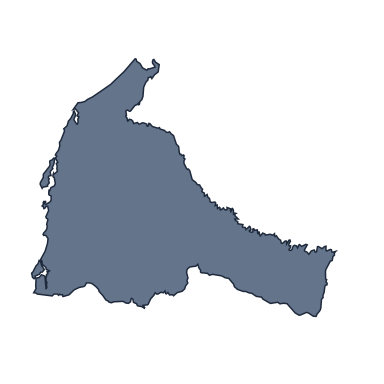 SVG path tracing the border of Santa Catarina, rotated 189°
{"feature_id": "BRA-614", "entity_name": "Santa Catarina", "entity_type": "State", "adm_level": 1, "iso_a3": "BRA", "parent_name": "Brazil", "parent_adm1": "", "projection": "equal_earth", "projection_center": [-50.571, -27.663], "detail": "fine", "context": "isolated", "style": "filled", "palette": "slate", "viewbox_px": 384, "rotation_deg": 189, "n_neighbors": 0, "source": "natural_earth", "source_scale": "10m", "svg_char_len": 5967}
<svg xmlns="http://www.w3.org/2000/svg" viewBox="0 0 384 384"><g transform="rotate(189 192 192)"><path d="M46.5,110.2L46.0,108.2L47.3,106.4L46.6,97.1L47.1,94.9L49.4,90.9L50.0,88.5L52.8,88.3L58.2,90.8L60.3,90.9L65.7,87.4L67.1,87.1L71.2,88.7L80.7,96.6L84.5,96.4L87.6,95.3L90.1,96.5L97.1,94.2L105.2,97.3L106.8,99.0L112.2,99.0L117.1,101.3L120.0,101.3L123.4,102.2L125.7,101.8L131.9,102.9L135.4,105.2L136.4,107.4L142.2,112.4L145.8,112.5L149.5,113.8L158.8,113.9L161.8,112.5L164.1,114.1L170.3,113.7L171.0,114.2L171.4,116.3L173.1,117.8L175.0,121.5L176.5,119.4L182.2,117.7L184.0,116.0L184.8,114.3L184.7,111.5L182.5,106.3L183.2,103.9L181.9,101.5L183.6,98.2L184.1,95.1L186.2,92.4L190.9,90.3L194.0,86.6L195.1,87.5L198.1,86.8L200.1,89.0L201.2,87.4L202.1,87.5L203.2,90.0L204.4,88.0L207.0,88.1L209.8,85.8L211.1,85.7L212.6,86.7L213.6,83.9L216.1,80.0L217.7,74.4L218.3,73.6L222.6,72.4L220.6,70.4L220.9,69.7L223.5,70.9L228.1,71.1L229.3,73.0L232.5,73.8L233.5,76.7L234.9,77.5L235.5,76.9L235.5,74.0L237.3,72.1L240.0,72.0L243.0,73.2L252.2,71.3L254.1,70.0L256.7,70.2L257.7,71.1L260.2,71.9L263.9,75.8L268.2,79.2L269.0,81.1L272.2,83.6L276.2,85.8L278.6,86.2L282.0,85.7L283.0,82.8L283.9,81.8L288.4,80.1L292.9,77.1L297.4,71.2L302.9,68.6L303.4,68.8L303.8,70.3L305.5,69.9L306.7,70.4L307.5,69.1L309.1,70.1L312.3,69.6L313.8,67.5L328.8,67.0L330.2,67.8L332.6,67.7L330.9,72.2L331.6,74.4L332.5,82.0L331.9,82.8L329.6,83.6L327.7,86.7L324.1,85.9L321.1,73.8L320.6,74.2L320.5,75.7L321.3,77.5L321.1,79.9L322.2,81.3L322.8,84.3L322.4,86.1L322.8,87.7L321.6,88.7L322.7,90.8L321.3,90.8L320.4,91.8L323.8,92.9L324.7,94.8L328.6,97.1L329.4,100.3L331.0,101.6L327.8,110.5L326.7,118.4L326.9,123.5L329.8,126.4L331.7,125.9L332.5,126.9L332.1,128.2L330.1,131.4L329.6,133.4L329.7,135.8L330.5,137.3L330.0,142.1L330.5,143.0L331.6,143.2L332.5,144.6L330.7,151.2L332.2,155.2L333.8,155.1L334.7,153.1L335.7,152.4L336.8,154.5L337.9,154.8L336.8,156.4L337.3,158.1L337.0,159.4L335.2,159.8L334.9,158.9L335.7,158.7L335.9,158.1L335.6,157.4L334.3,156.9L330.7,160.0L329.9,161.7L330.5,166.0L332.5,166.6L333.2,167.5L333.6,172.1L332.9,170.6L332.0,174.3L328.9,176.5L328.3,178.9L330.4,184.8L331.4,185.2L332.0,186.1L331.7,188.8L331.2,187.9L328.2,191.3L329.1,193.7L329.3,196.7L330.5,199.0L329.2,200.2L332.3,204.5L331.2,205.8L331.4,206.6L332.7,207.1L332.4,208.4L330.4,212.4L329.8,216.7L330.7,220.4L329.6,222.4L327.6,231.4L327.6,233.1L328.6,234.3L325.7,237.9L325.2,242.6L323.3,245.7L321.5,251.0L321.8,252.6L321.1,253.6L319.3,250.7L319.1,249.2L320.0,245.5L319.8,244.7L316.7,241.2L316.0,241.0L315.4,242.9L316.2,246.2L315.4,248.2L315.7,248.8L317.3,249.0L317.4,249.6L316.4,252.4L320.0,255.8L320.7,256.0L322.2,255.0L318.6,262.3L314.8,263.3L311.6,264.9L309.7,267.1L305.2,270.3L289.4,285.3L277.9,300.3L269.0,314.7L268.0,314.5L267.0,312.3L263.5,310.8L260.3,306.9L255.7,305.2L254.6,306.9L253.4,306.9L248.1,309.5L248.4,310.5L250.8,312.7L251.4,314.0L251.4,315.6L251.1,316.6L250.4,317.0L248.3,314.5L244.3,312.7L244.2,305.3L247.4,301.9L249.4,297.7L250.8,299.5L251.7,298.5L253.1,298.2L253.1,295.6L254.7,293.3L256.1,288.1L255.4,278.7L256.0,275.3L257.6,273.3L257.7,270.2L258.4,269.9L258.8,271.3L260.0,269.6L261.8,268.7L265.4,262.3L266.4,262.0L268.6,262.8L269.6,262.2L269.9,261.2L268.7,257.6L269.5,256.5L267.8,255.0L266.7,252.0L266.2,252.2L265.4,254.0L263.4,253.9L261.8,253.0L260.3,250.5L256.8,252.1L254.8,250.6L252.0,252.5L250.7,252.7L247.3,252.0L246.6,250.0L246.0,250.0L245.4,250.9L245.3,253.0L244.4,253.0L241.4,250.5L235.8,249.7L234.2,250.5L233.6,249.3L228.8,248.5L226.7,247.0L225.0,247.1L223.6,248.0L221.4,246.0L219.1,244.9L215.0,236.9L212.3,234.8L210.7,228.9L209.7,227.3L209.0,227.6L207.6,226.3L206.2,227.3L205.5,226.7L205.4,224.1L204.1,223.5L204.8,221.7L204.5,219.2L201.2,214.5L200.2,213.7L199.1,214.1L197.5,212.6L193.7,204.2L189.9,202.2L187.7,200.0L185.6,200.2L183.7,197.7L182.0,196.4L182.4,193.9L179.7,192.9L179.0,189.8L176.7,191.9L175.7,189.6L173.7,188.3L172.4,185.0L170.8,184.8L167.7,185.7L166.8,184.8L167.0,182.2L165.2,183.2L164.2,179.7L162.6,181.2L161.8,180.7L161.4,178.9L160.8,178.7L158.5,181.2L157.1,179.7L155.0,179.7L154.6,180.4L155.0,182.2L150.9,181.4L151.3,179.8L150.5,178.7L149.6,182.0L148.8,181.5L148.2,180.3L147.5,176.7L146.5,177.8L145.2,177.7L146.6,176.5L145.4,174.9L142.1,172.6L145.5,172.1L144.7,170.7L142.3,170.0L141.7,167.8L136.6,167.8L136.8,165.8L136.3,165.1L133.9,165.3L132.8,163.3L129.9,167.1L129.1,166.6L127.9,164.1L127.9,163.5L129.1,163.2L129.4,162.5L128.8,161.8L126.3,161.6L125.6,162.3L126.1,165.0L125.3,165.4L124.2,164.0L121.6,164.8L120.6,161.4L119.9,161.2L119.7,163.5L117.9,159.4L117.4,159.4L115.8,162.5L113.4,162.0L112.7,160.9L108.3,162.5L105.4,162.0L104.0,163.7L103.5,161.5L103.0,161.0L101.9,162.0L99.2,159.2L96.9,158.2L95.9,155.5L94.6,155.4L92.5,158.0L91.4,158.4L90.7,157.6L90.4,155.5L88.7,159.6L87.7,159.9L87.1,158.7L88.2,155.8L88.1,154.7L87.4,153.8L86.2,154.3L86.0,152.6L87.2,150.5L87.1,149.9L86.3,149.6L85.2,149.8L84.3,150.8L83.5,154.6L82.4,155.4L80.4,155.1L79.0,153.3L78.2,156.4L77.5,156.9L75.3,155.4L71.3,158.1L69.9,157.9L71.9,152.3L71.6,151.3L69.0,150.6L66.8,148.8L65.0,152.4L62.6,153.7L62.1,153.8L61.0,152.0L60.4,151.8L59.6,152.8L59.5,157.6L58.6,157.9L54.7,156.4L52.4,159.0L51.1,159.4L50.7,155.7L49.8,154.8L46.5,156.9L45.3,156.8L44.7,155.1L43.8,154.4L40.7,155.9L41.9,153.8L41.4,151.9L42.7,150.4L42.8,146.3L44.6,145.2L47.7,136.3L47.7,134.1L46.4,126.9L45.3,126.6L45.6,124.1L44.4,123.2L44.1,122.2L44.2,121.4L45.6,120.7L46.0,119.4L45.8,113.8L46.5,110.2ZM340.1,173.4L340.6,172.2L343.1,175.7L343.3,177.4L341.2,183.0L341.6,186.3L336.6,195.4L336.5,197.0L337.3,199.6L337.1,200.7L335.2,201.8L334.0,203.8L332.8,203.9L332.8,198.2L333.9,193.9L333.1,193.3L335.1,190.3L335.0,188.7L333.8,186.2L335.6,185.6L336.2,184.6L336.1,183.4L335.1,182.7L335.5,181.0L334.4,178.7L335.8,176.4L335.5,175.1L340.1,173.4ZM334.5,94.6L332.8,97.1L332.3,100.5L330.8,99.8L329.0,95.8L325.7,92.3L327.3,89.5L328.9,89.1L329.8,87.0L333.8,84.4L333.4,82.6L334.4,81.6L336.2,82.8L337.7,86.7L336.6,88.2L334.5,94.6Z" fill="#64748b" stroke="#1e293b" stroke-width="1.5"/></g></svg>